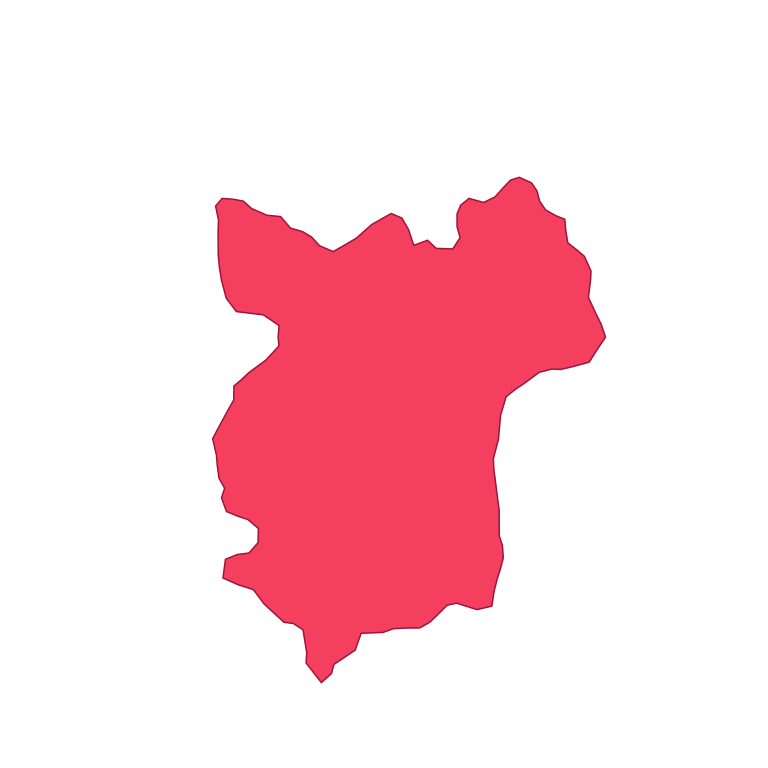 Komi Kepir, Cyprus (Albers equal-area conic projection), rotated 236°
{"feature_id": "46923920B77535309338235", "entity_name": "Komi Kepir", "entity_type": "district", "adm_level": 2, "iso_a3": "CYP", "parent_name": "Cyprus", "parent_adm1": "", "projection": "albers", "projection_center": [33.993, 35.411], "detail": "fine", "context": "isolated", "style": "filled", "palette": "rose", "viewbox_px": 768, "rotation_deg": 236, "n_neighbors": 0, "source": "geoboundaries", "source_scale": "gbopen_adm2", "svg_char_len": 1731}
<svg xmlns="http://www.w3.org/2000/svg" viewBox="0 0 768 768"><g transform="rotate(236 384 384)"><path d="M139.6,349.2L150.2,359.0L159.1,368.8L165.3,376.8L173.2,385.7L183.9,391.9L193.6,394.6L206.9,403.5L214.8,408.8L229.0,415.9L237.9,420.4L252.0,427.5L260.9,432.9L274.2,448.0L292.8,463.1L305.2,478.2L306.1,489.8L306.1,501.4L306.9,519.2L302.5,531.6L297.2,538.7L292.8,550.3L287.4,566.3L293.6,580.6L297.1,589.3L299.0,593.9L312.2,597.5L325.5,599.3L341.5,601.9L354.8,613.5L361.9,618.8L377.8,621.5L387.5,618.8L398.2,615.3L409.7,620.6L419.4,626.0L427.4,620.6L438.0,615.3L448.7,615.3L458.4,618.8L468.2,618.8L479.7,611.7L482.3,602.8L479.7,591.2L477.0,580.6L478.8,568.1L490.3,558.3L489.4,547.6L484.1,539.6L473.5,532.5L462.8,529.0L457.5,516.5L467.3,503.1L478.8,500.5L482.3,486.2L498.3,490.7L511.6,491.6L521.3,485.3L523.1,463.1L520.4,442.6L521.3,427.5L522.2,415.9L534.6,407.9L546.1,406.2L555.8,401.7L565.5,393.7L580.6,391.9L589.5,381.2L603.6,372.3L614.2,369.7L621.3,362.5L628.4,353.6L625.7,343.9L612.5,338.5L602.7,331.4L584.1,319.0L572.6,312.7L561.1,307.4L543.4,301.2L526.6,302.1L508.8,322.6L491.1,329.7L482.3,322.6L474.3,318.1L469.9,299.4L469.0,278.1L467.2,267.4L466.3,258.5L454.8,250.5L448.6,238.1L440.7,223.0L434.5,211.4L418.5,205.2L410.6,200.7L398.2,194.5L386.7,193.6L380.5,185.6L366.3,182.1L355.7,189.2L347.7,195.4L334.4,199.0L322.9,190.9L319.4,177.6L324.7,166.9L327.3,154.5L313.2,142.0L299.0,150.9L286.6,160.7L268.9,161.6L242.4,167.8L236.2,174.9L225.5,179.4L204.3,169.6L196.3,163.4L171.5,165.1L173.3,178.5L179.5,185.6L179.5,195.4L179.5,211.4L190.1,225.6L178.6,244.3L175.9,254.9L168.9,266.5L161.8,277.2L160.9,288.7L162.6,298.5L165.3,312.7L161.7,321.6L144.9,335.0L139.6,349.2Z" fill="#f43f5e" stroke="#9f1239" stroke-width="1.5"/></g></svg>